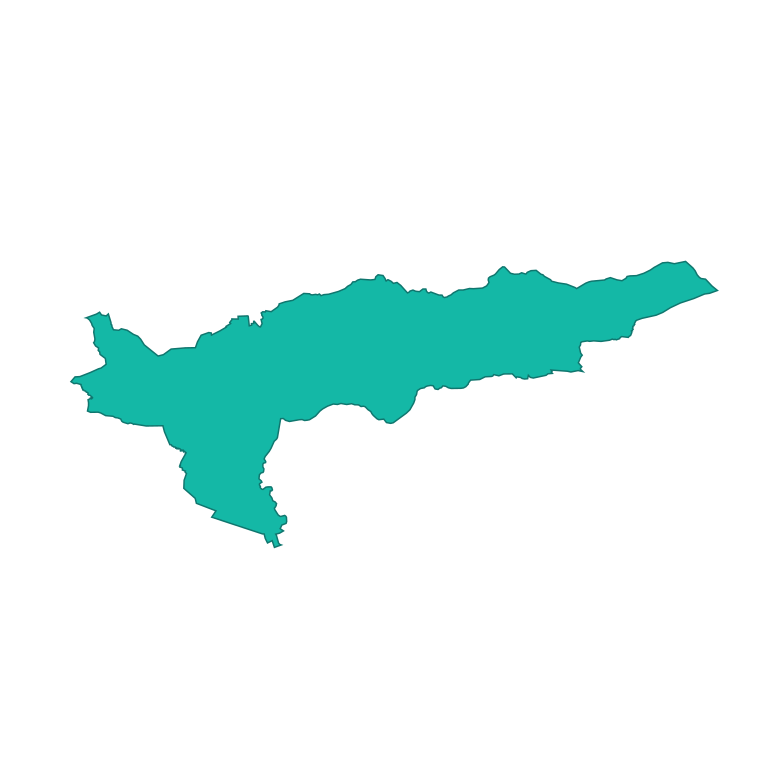 Rieni, Bihor, Romania, rotated 192°
{"feature_id": "2599482B82314750202462", "entity_name": "Rieni", "entity_type": "district", "adm_level": 2, "iso_a3": "ROU", "parent_name": "Romania", "parent_adm1": "Bihor", "projection": "orthographic", "projection_center": [22.405, 46.554], "detail": "fine", "context": "isolated", "style": "filled", "palette": "teal", "viewbox_px": 768, "rotation_deg": 192, "n_neighbors": 0, "source": "geoboundaries", "source_scale": "gbopen_adm2", "svg_char_len": 6163}
<svg xmlns="http://www.w3.org/2000/svg" viewBox="0 0 768 768"><g transform="rotate(192 384 384)"><path d="M234.5,519.1L241.5,519.4L242.7,520.6L249.4,522.6L251.3,523.9L253.3,524.0L258.8,526.8L263.8,525.4L267.1,523.0L267.8,521.4L268.5,521.0L272.5,521.4L274.9,519.6L279.2,518.5L283.3,518.6L290.4,523.5L292.3,523.3L295.1,519.9L297.8,514.8L299.0,513.4L302.6,510.9L303.8,509.3L303.7,507.4L302.4,505.1L304.0,501.3L307.6,498.3L316.4,495.8L320.2,495.2L326.1,492.4L330.4,491.5L335.1,487.6L337.0,485.1L339.4,483.4L340.3,482.3L343.0,481.1L344.4,481.6L345.7,483.0L348.8,482.4L357.3,483.7L359.0,482.3L360.2,482.5L361.6,483.4L362.8,485.6L365.7,485.0L368.5,481.7L372.3,481.3L375.2,481.9L377.9,480.3L378.6,479.0L380.0,478.0L388.1,483.9L392.4,486.0L395.7,484.4L398.3,485.9L401.6,486.8L402.2,486.6L403.1,485.3L403.6,485.3L404.9,487.4L407.5,489.9L412.5,489.6L414.3,487.2L414.6,484.4L418.7,483.0L428.8,481.6L431.4,480.1L433.3,478.1L435.7,477.4L437.1,474.4L439.9,472.0L441.9,469.2L447.7,465.1L456.8,460.3L461.4,458.9L464.0,457.3L465.9,458.6L467.5,457.4L469.4,457.5L472.8,456.2L474.5,456.2L475.4,456.8L481.3,455.9L490.6,446.9L497.8,443.8L503.2,440.6L503.2,439.1L504.1,437.0L509.4,431.3L514.8,431.1L515.0,429.9L517.7,429.4L518.9,427.9L518.0,426.9L517.9,426.0L516.3,424.3L516.1,423.2L516.5,422.3L517.7,421.6L515.8,417.8L516.7,414.2L517.7,414.1L519.5,415.0L524.0,418.4L524.5,418.2L524.0,416.2L526.2,415.5L525.7,414.0L527.9,412.9L530.8,421.7L531.3,422.3L540.8,419.9L540.1,417.2L546.3,416.0L546.1,415.4L547.7,412.1L546.6,411.2L550.5,407.5L550.0,406.9L555.6,401.8L562.9,396.0L563.6,398.0L566.1,397.9L573.0,393.7L575.2,386.5L576.0,380.3L585.9,378.0L599.5,373.9L605.9,366.8L610.8,364.4L626.6,372.4L631.3,377.2L634.8,379.6L639.3,380.4L646.4,383.2L652.4,383.4L654.6,381.4L659.9,380.8L662.1,383.7L662.5,385.1L663.3,385.5L663.9,387.5L668.2,395.2L669.9,392.8L674.7,392.8L677.1,395.1L679.8,392.6L689.1,386.8L688.0,386.8L685.3,385.4L682.7,382.6L681.6,380.6L679.0,378.1L678.7,374.3L676.1,367.9L676.0,365.4L676.6,364.0L674.0,361.2L670.7,359.9L670.5,357.4L668.8,356.3L667.9,353.9L661.9,351.1L659.9,345.5L664.0,340.8L666.4,339.5L673.9,334.0L683.0,328.0L687.7,326.7L690.7,321.2L687.3,319.9L684.8,320.8L680.2,320.5L680.0,319.4L678.8,318.1L678.8,317.5L678.3,317.4L677.4,315.6L676.8,315.8L675.9,315.1L674.4,315.0L673.6,314.2L671.9,314.0L671.4,313.0L671.6,312.5L670.5,311.7L669.3,311.9L667.6,310.9L667.5,310.2L666.6,310.4L666.2,309.9L666.9,308.7L668.4,309.1L668.6,308.3L670.2,307.1L669.1,304.2L668.5,301.2L668.4,295.9L665.2,295.3L657.8,297.0L655.2,296.8L649.7,295.2L642.4,296.1L639.9,295.3L637.2,295.5L634.2,295.0L632.9,293.2L631.3,292.4L626.2,291.9L624.3,293.1L622.3,293.1L620.4,292.5L619.9,292.9L607.8,293.5L591.6,297.2L588.8,291.6L580.8,280.1L579.3,280.3L578.5,279.3L577.2,279.1L576.8,278.7L575.2,278.9L574.4,277.9L574.2,277.9L574.0,278.5L573.0,278.2L573.3,277.7L573.0,277.5L572.0,278.2L571.7,277.8L571.2,278.3L569.9,278.1L569.2,276.2L568.7,276.2L568.6,276.7L568.1,276.8L568.2,277.3L567.1,277.2L566.8,277.6L566.3,277.3L566.6,276.6L565.8,276.0L565.6,276.7L563.7,275.9L563.8,275.4L563.4,275.5L563.4,275.1L566.2,266.0L566.8,261.6L566.3,261.8L566.4,260.3L564.0,260.0L563.4,258.9L563.4,258.0L560.2,257.5L560.4,257.0L560.0,256.2L558.6,255.4L559.5,248.3L558.1,240.3L544.9,232.9L542.7,228.3L522.0,225.0L524.8,217.9L471.8,212.1L470.1,212.4L468.0,208.2L464.9,204.3L460.8,207.5L457.2,201.4L451.1,205.2L452.5,205.4L454.0,206.4L457.8,213.7L458.7,214.6L455.1,216.4L451.8,219.4L455.5,220.9L454.6,224.8L450.8,227.3L450.6,229.2L451.7,233.3L452.5,234.2L453.8,234.8L457.4,233.0L458.3,233.0L460.3,233.9L464.7,238.4L465.4,239.8L464.6,241.2L464.2,242.9L464.5,244.2L464.2,244.5L465.7,245.9L468.5,246.7L470.0,249.3L472.9,251.8L473.0,255.8L471.7,256.1L471.1,257.2L472.2,259.3L473.1,259.9L476.2,259.2L478.1,258.5L480.5,255.7L481.8,255.8L483.4,256.8L483.8,257.5L483.6,258.1L484.9,259.4L485.0,260.6L483.0,262.6L483.9,263.7L486.6,265.3L487.0,269.4L485.6,271.6L484.0,272.3L483.6,273.3L483.8,276.0L485.2,277.6L485.8,280.2L485.4,281.5L483.5,282.5L483.6,283.6L485.6,285.7L485.5,286.8L485.1,288.5L482.3,294.1L481.1,297.7L479.5,305.1L477.6,307.8L477.1,309.4L477.9,328.6L475.3,329.3L472.8,328.0L468.7,327.7L459.3,331.5L456.7,332.2L454.1,331.8L451.4,332.7L449.4,333.6L444.3,338.5L441.1,344.1L438.8,346.9L434.6,350.6L429.4,353.9L425.3,354.3L422.1,356.0L416.2,356.2L411.6,358.0L408.3,357.6L404.6,358.3L401.8,357.2L399.5,358.0L397.6,357.8L394.4,355.6L391.2,354.3L389.6,352.4L387.9,351.0L383.6,348.5L381.6,348.0L376.9,349.6L373.6,346.8L369.3,346.9L366.9,348.0L356.1,360.1L353.3,364.2L351.0,371.5L350.5,375.2L351.0,377.4L350.0,380.4L350.1,383.9L349.5,385.0L347.3,387.2L343.7,388.7L342.8,390.0L341.1,391.1L338.1,392.3L335.6,392.5L333.0,389.8L330.0,389.9L328.6,391.5L327.1,392.3L326.0,394.4L323.1,394.6L320.3,393.7L317.4,393.6L307.8,395.8L305.4,396.7L303.4,398.4L301.6,401.4L301.6,402.6L300.1,405.8L291.3,408.3L286.5,412.1L280.5,413.7L279.3,414.4L278.6,416.0L273.3,415.9L269.0,418.7L260.6,420.6L256.0,417.5L255.6,418.6L251.6,418.8L250.1,418.1L247.6,418.1L244.6,419.0L244.6,422.5L242.3,420.9L239.2,420.9L227.3,426.2L225.7,428.1L221.5,429.4L222.8,430.5L222.3,431.2L223.5,432.4L207.4,434.6L203.7,434.6L196.9,437.5L192.1,437.5L194.9,439.2L195.1,440.3L194.1,442.0L198.3,445.1L197.1,451.4L196.1,453.4L198.0,455.0L200.7,460.7L199.9,463.0L200.2,465.5L199.1,466.5L194.1,468.4L191.7,468.5L187.9,469.8L180.6,470.8L172.5,473.7L170.0,475.4L168.2,475.2L167.3,475.8L166.0,475.5L163.0,477.3L162.7,478.4L161.4,479.8L154.7,480.4L154.1,481.6L152.9,482.7L152.3,485.8L152.9,487.0L152.3,487.5L152.8,487.8L152.3,488.2L151.7,489.4L152.5,490.1L152.3,491.3L152.6,492.1L151.6,493.1L151.6,494.3L151.2,494.5L151.6,495.6L150.9,497.5L151.0,498.0L149.8,499.1L145.2,501.9L132.1,507.9L126.2,512.0L119.7,518.2L110.9,524.9L98.6,532.1L89.1,538.7L84.4,540.4L77.3,544.8L83.5,548.0L91.3,553.4L95.9,553.1L97.9,554.0L100.4,555.9L103.2,559.4L105.9,561.7L114.5,566.6L125.0,562.0L131.6,562.0L136.8,560.4L143.9,554.3L147.2,550.8L152.9,546.3L159.5,542.5L166.1,540.8L168.6,539.7L169.3,537.7L172.7,534.5L177.7,534.3L184.7,535.1L188.6,532.9L189.8,531.6L202.3,527.7L204.6,526.6L207.6,524.6L215.4,517.4L217.3,518.1L226.2,519.6L234.5,519.1Z" fill="#14b8a6" stroke="#0f766e" stroke-width="1.5"/></g></svg>